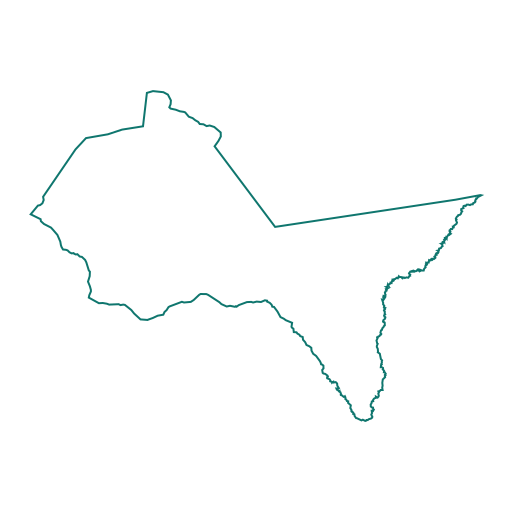 Dormaa West, Brong Ahafo, Ghana (Albers equal-area conic projection)
{"feature_id": "2480657B11503231198633", "entity_name": "Dormaa West", "entity_type": "district", "adm_level": 2, "iso_a3": "GHA", "parent_name": "Ghana", "parent_adm1": "Brong Ahafo", "projection": "albers", "projection_center": [-2.874, 6.975], "detail": "fine", "context": "isolated", "style": "outline", "palette": "teal", "viewbox_px": 512, "rotation_deg": 0, "n_neighbors": 0, "source": "geoboundaries", "source_scale": "gbopen_adm2", "svg_char_len": 6083}
<svg xmlns="http://www.w3.org/2000/svg" viewBox="0 0 512 512"><path d="M365.2,420.9L365.9,420.8L366.5,420.0L367.7,420.1L368.6,419.3L371.1,418.5L372.2,417.6L372.3,416.4L371.8,415.9L371.3,414.6L372.0,413.2L371.7,410.7L372.3,410.6L373.0,411.0L373.8,409.6L373.2,409.1L373.0,407.6L372.0,407.5L370.8,406.5L370.7,404.5L371.5,403.3L371.8,401.5L373.2,401.2L373.0,400.2L373.7,399.0L374.5,398.3L376.0,397.8L375.9,396.6L377.6,397.6L378.4,396.7L378.8,395.8L378.3,393.5L378.9,392.5L378.4,391.4L379.8,391.0L380.7,390.0L382.6,390.0L382.2,387.7L382.6,385.7L382.3,382.8L382.8,379.4L385.1,377.2L384.8,376.0L385.5,375.3L385.0,374.6L385.7,373.8L384.7,372.2L383.9,372.2L384.1,370.8L382.8,369.4L383.1,369.0L383.0,367.9L381.7,367.2L380.8,367.2L381.1,364.9L381.7,364.5L381.3,363.9L381.9,362.7L381.7,361.8L382.1,360.4L380.9,359.1L379.8,353.7L377.8,352.3L378.0,351.7L377.8,348.9L376.8,346.9L376.9,345.8L377.7,343.8L377.2,343.4L376.5,340.5L377.6,338.1L377.1,337.6L377.2,337.2L377.9,337.2L378.3,336.5L379.4,336.2L380.0,335.1L380.9,334.7L381.3,334.0L380.4,332.8L381.0,330.4L382.0,329.8L382.3,328.3L383.5,327.1L383.8,326.2L384.8,325.4L384.7,322.6L384.4,322.2L383.3,322.0L383.0,321.4L383.5,320.0L384.8,319.0L385.4,317.6L385.3,317.1L384.4,316.6L384.1,315.3L385.2,314.4L384.7,313.5L384.8,311.6L384.0,310.6L384.9,309.3L384.5,308.9L384.9,308.4L384.5,308.4L384.8,307.7L383.9,307.2L384.3,305.8L383.1,304.3L383.2,302.9L382.1,299.6L383.4,299.9L383.9,299.2L383.2,297.2L383.5,295.9L384.4,296.3L384.3,297.8L384.6,298.1L385.4,296.8L385.2,295.6L385.6,294.9L385.2,294.3L384.9,292.4L385.4,292.0L385.5,291.3L386.5,290.7L385.9,289.1L386.3,289.0L386.9,289.3L387.1,288.6L388.0,288.1L387.0,288.0L387.1,287.6L386.3,287.0L387.2,286.9L387.7,285.1L387.9,285.7L388.6,285.9L388.3,284.9L388.5,284.5L390.5,283.5L390.5,282.8L391.2,282.9L391.0,282.4L391.7,282.2L392.1,280.9L393.0,281.0L393.6,280.6L392.8,279.5L395.2,279.0L396.6,277.8L397.8,278.3L398.0,277.8L399.0,277.3L398.5,276.9L398.8,276.3L399.3,276.9L401.9,277.2L402.2,278.2L402.6,278.4L403.4,277.5L404.4,277.6L404.8,278.0L406.5,277.4L408.3,277.7L409.4,276.1L410.0,275.8L409.7,275.4L410.1,274.6L409.6,274.4L409.0,273.3L410.4,271.5L411.4,271.7L411.7,271.1L412.4,271.0L412.8,271.3L413.3,270.6L414.1,270.9L413.6,271.7L414.3,271.7L414.4,271.3L416.2,271.1L417.6,269.7L418.0,270.3L418.6,269.8L419.1,270.7L419.6,270.3L419.8,271.2L420.6,270.8L420.1,269.8L422.0,270.5L423.7,270.5L424.2,268.7L425.6,267.3L425.3,266.6L425.5,265.5L426.2,265.2L426.0,264.3L426.6,264.3L426.3,263.0L427.2,263.4L427.3,262.5L428.7,262.5L429.1,260.1L430.1,260.5L431.2,259.2L431.9,260.1L432.3,259.9L432.6,258.8L434.0,259.0L435.4,257.8L435.4,257.4L434.5,257.1L434.4,256.7L435.0,256.5L435.5,255.1L436.3,254.9L435.8,254.2L436.2,253.5L436.6,253.6L436.9,253.1L437.6,253.4L437.9,253.1L437.8,252.5L438.4,252.2L438.4,250.9L437.9,250.6L438.9,250.4L439.1,248.6L440.9,248.1L441.6,246.9L442.6,246.1L442.2,245.1L442.3,244.4L441.8,244.1L442.3,243.7L441.7,243.5L442.3,243.3L442.6,242.0L443.6,241.6L444.2,242.1L444.1,241.5L444.6,240.2L444.2,239.7L444.9,239.2L444.8,237.9L445.3,237.8L445.7,238.5L446.1,237.4L446.7,238.3L446.8,237.3L448.4,234.7L449.1,235.0L450.7,233.8L449.7,233.2L450.4,231.8L449.5,231.1L449.6,230.3L450.3,229.9L450.8,229.0L452.2,229.1L453.0,227.5L452.9,226.9L453.7,227.1L453.7,225.9L456.4,223.9L457.0,222.6L456.0,220.3L456.5,219.5L455.9,219.1L455.8,218.6L456.9,216.7L458.1,215.8L458.2,215.2L460.1,214.7L461.1,213.6L461.2,212.7L462.2,211.3L461.2,210.5L461.2,209.1L463.5,208.1L463.2,207.3L463.6,206.0L464.6,205.7L465.6,206.1L466.6,204.7L468.3,204.6L470.0,205.1L471.1,204.4L472.8,204.3L473.3,203.0L474.6,202.6L475.4,201.7L475.1,201.2L475.6,199.6L476.2,199.3L476.2,198.4L477.0,198.3L478.0,197.0L481.3,195.3L480.4,195.1L455.6,199.7L275.1,226.9L214.6,146.3L218.4,141.0L220.8,136.5L220.7,132.5L214.3,127.0L209.7,125.5L206.6,126.1L203.5,124.3L199.7,124.0L198.2,121.9L195.2,120.2L192.6,118.1L188.8,116.7L185.2,112.4L183.9,111.9L179.9,111.3L175.7,109.7L170.6,108.6L169.3,107.3L170.6,104.2L170.9,100.4L167.9,94.6L163.4,92.2L153.0,91.1L146.9,92.9L143.0,126.3L122.1,129.6L107.9,134.3L86.0,138.1L75.5,149.4L43.1,196.8L43.7,200.0L42.4,203.3L40.1,205.1L37.9,205.6L30.7,214.3L40.6,219.2L40.9,221.2L44.0,224.0L51.0,227.6L53.1,229.9L57.4,234.9L60.3,241.6L60.9,245.1L61.5,246.9L63.0,249.5L65.9,249.8L67.6,250.4L69.5,252.3L71.7,253.4L73.6,253.1L74.2,253.8L75.9,254.5L77.4,254.2L79.7,256.5L81.9,256.9L85.1,259.9L86.3,262.3L88.8,270.4L89.9,271.7L89.7,276.2L88.0,281.6L89.9,286.3L90.9,289.9L90.9,291.5L89.3,295.2L88.8,297.6L98.9,303.2L102.8,303.0L106.8,303.7L109.2,304.6L118.6,304.2L120.5,305.1L123.2,304.6L124.9,304.9L131.3,310.0L134.1,313.5L140.5,319.4L148.2,320.0L147.7,319.8L152.8,318.0L157.7,315.7L163.3,314.7L164.5,312.0L166.6,310.1L168.5,307.1L169.7,306.4L181.9,301.8L184.0,302.5L190.8,301.9L193.7,300.0L199.2,294.8L200.6,294.0L206.4,294.1L208.2,294.9L219.4,302.2L221.4,304.1L226.7,306.5L230.0,305.8L235.0,306.8L235.9,306.2L236.6,306.7L238.8,305.1L246.9,302.1L251.2,301.9L253.1,302.5L256.7,301.6L261.0,302.0L264.9,300.3L267.1,300.7L267.1,301.6L269.7,302.8L271.6,304.7L272.3,306.7L274.0,306.9L277.5,311.6L280.5,317.1L283.8,318.7L285.8,320.2L292.1,322.8L291.5,326.8L291.9,327.6L293.4,328.7L293.8,332.1L296.5,332.3L297.4,333.6L299.4,334.7L300.2,336.1L302.7,337.0L303.0,339.7L305.2,342.2L306.5,345.0L309.2,346.2L311.3,347.8L311.5,350.6L313.2,353.8L316.1,355.9L319.9,361.1L320.7,362.7L321.1,364.3L322.2,364.6L323.4,365.6L323.5,368.4L322.2,370.0L322.7,372.9L323.4,373.5L325.2,373.9L327.5,375.6L327.9,376.6L327.1,377.2L327.2,378.3L329.5,379.2L330.3,380.4L330.2,381.3L332.2,382.0L332.2,382.6L333.5,381.7L333.8,382.5L335.7,382.1L337.1,383.5L337.3,385.7L338.8,388.1L337.5,388.6L336.4,388.5L336.9,389.7L337.8,390.0L338.6,390.9L339.5,390.7L339.5,391.8L340.4,392.2L341.0,394.0L340.7,394.8L340.9,395.1L342.0,395.4L343.7,396.9L344.4,396.8L344.9,396.3L345.4,397.3L345.4,399.1L346.3,399.6L346.9,401.0L348.2,401.3L348.1,402.9L350.8,405.3L350.3,408.1L351.4,409.8L351.4,411.3L351.8,411.8L352.4,411.7L353.5,413.1L353.2,413.9L354.4,414.3L354.6,416.0L356.1,418.1L356.9,418.2L361.5,420.4L362.8,419.7L365.2,420.9Z" fill="none" stroke="#0f766e" stroke-width="2"/></svg>